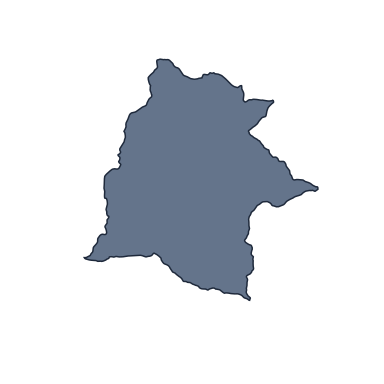 Tangsibji, Tongsa, Bhutan (Robinson projection), rotated 44°
{"feature_id": "84629894B49334077876628", "entity_name": "Tangsibji", "entity_type": "district", "adm_level": 2, "iso_a3": "BTN", "parent_name": "Bhutan", "parent_adm1": "Tongsa", "projection": "robinson", "projection_center": [90.389, 27.406], "detail": "fine", "context": "isolated", "style": "filled", "palette": "slate", "viewbox_px": 384, "rotation_deg": 44, "n_neighbors": 0, "source": "geoboundaries", "source_scale": "gbopen_adm2", "svg_char_len": 6046}
<svg xmlns="http://www.w3.org/2000/svg" viewBox="0 0 384 384"><g transform="rotate(44 192 192)"><path d="M160.1,314.0L160.9,314.2L161.8,314.1L165.3,312.2L167.1,310.9L170.6,308.0L172.4,307.3L173.5,306.1L174.6,305.0L175.2,304.7L176.2,303.2L177.2,300.9L177.5,299.2L178.1,298.0L178.2,297.5L177.7,296.1L177.9,295.7L179.2,294.3L181.0,293.1L182.0,291.3L182.5,290.8L184.7,289.3L187.3,286.6L189.3,284.0L190.5,282.4L198.9,273.3L200.5,272.3L203.4,271.0L204.1,270.5L205.2,268.7L205.9,267.9L206.8,266.5L207.1,265.2L206.9,263.0L207.1,262.6L207.3,262.3L210.3,261.4L213.0,261.1L215.4,261.1L215.9,261.3L217.1,262.2L219.5,262.8L221.3,263.0L222.7,262.6L224.2,261.9L226.1,261.4L227.7,261.5L229.1,262.0L233.6,263.0L236.1,262.1L238.2,262.1L241.7,261.7L243.1,261.4L245.0,261.5L247.5,262.2L248.3,262.0L249.8,260.6L250.2,260.4L251.5,260.1L253.6,258.4L256.5,257.8L258.2,257.0L259.3,256.7L260.0,256.2L261.6,255.5L262.7,255.4L263.7,255.7L264.3,255.6L265.4,255.3L266.2,254.9L267.0,254.3L269.3,252.3L270.6,251.9L271.5,251.5L271.7,251.1L271.9,249.7L272.3,249.0L273.6,246.7L274.7,245.7L276.7,245.3L277.0,244.9L279.8,243.1L283.9,242.7L285.3,242.4L285.7,242.2L286.2,241.4L286.8,240.7L288.7,239.2L290.6,238.0L293.5,235.6L295.5,233.6L296.3,233.1L298.0,232.3L299.3,231.9L300.2,231.8L302.5,231.9L303.4,231.7L305.9,230.5L308.3,230.2L308.7,229.9L308.4,229.5L308.1,228.6L307.7,228.2L307.7,227.9L307.2,227.6L304.5,227.8L301.8,227.1L300.8,226.6L300.1,225.8L299.4,224.6L298.0,223.5L296.5,221.1L294.3,218.7L293.0,216.6L292.1,216.0L290.3,215.4L289.8,214.9L289.6,214.2L289.7,213.5L290.7,210.5L290.7,209.7L290.5,208.2L290.0,207.3L290.0,205.6L289.9,205.0L289.4,204.2L287.5,202.8L285.3,200.7L283.7,198.9L282.5,198.1L281.1,196.0L280.3,195.9L279.7,196.0L278.3,195.8L277.8,195.6L277.0,194.8L275.7,192.7L275.2,191.5L274.1,190.3L272.2,189.4L271.3,189.3L269.8,190.1L267.9,190.6L265.6,191.0L264.4,190.8L263.7,190.5L263.4,190.1L263.2,189.6L263.0,187.3L262.1,185.1L261.6,182.9L260.1,181.2L259.7,180.4L259.3,179.4L258.7,178.3L256.4,176.7L253.8,174.1L251.6,172.2L251.2,171.5L250.8,170.9L250.2,169.7L250.0,168.3L249.6,167.0L249.1,166.0L248.8,165.5L249.2,161.8L248.3,156.4L249.1,153.8L249.4,151.3L249.6,150.3L250.1,149.5L252.5,146.9L253.0,146.5L254.7,145.9L256.1,145.6L257.0,145.6L258.8,146.0L259.8,145.7L260.6,145.1L263.0,144.0L264.5,142.4L266.7,137.5L266.8,136.2L266.6,133.8L266.7,132.3L267.6,129.2L268.8,126.1L269.1,124.6L269.6,123.3L271.6,119.7L272.4,117.9L272.4,116.0L272.8,113.6L273.4,112.1L275.3,109.5L276.1,108.6L276.5,108.5L277.6,107.0L279.9,106.1L280.1,105.8L280.7,102.6L279.6,101.5L278.8,101.2L278.5,101.3L277.3,102.3L274.1,103.3L271.8,103.5L270.9,103.7L269.2,104.3L266.2,105.8L263.5,106.3L259.5,109.5L258.5,110.5L257.4,112.1L256.6,112.6L256.2,112.7L255.2,112.7L252.3,111.2L251.0,111.1L250.1,110.9L248.9,110.1L247.4,108.9L247.0,108.8L242.9,108.2L241.5,107.8L240.4,107.0L239.5,106.6L237.7,106.2L236.8,106.4L236.4,106.6L234.4,108.6L233.6,109.2L233.2,109.3L232.3,109.2L230.6,108.4L228.8,108.4L227.7,109.0L226.5,110.4L225.7,110.8L221.0,110.3L220.2,109.9L218.7,108.8L217.9,108.5L216.2,109.3L213.0,110.0L212.6,109.9L211.3,109.3L208.1,109.0L205.4,108.4L204.9,108.4L204.0,108.8L202.2,108.9L198.6,109.9L196.8,109.9L195.0,110.4L193.6,110.3L192.7,110.2L192.3,110.0L191.6,109.4L190.6,109.2L190.3,108.9L190.1,108.5L190.5,106.3L190.8,103.2L191.4,100.4L191.6,97.5L191.0,94.7L190.7,90.3L190.9,89.4L192.3,86.9L192.4,86.4L192.1,85.5L189.5,81.5L188.3,78.8L188.1,77.9L188.0,76.0L188.1,73.1L188.4,71.0L188.2,70.7L187.6,70.1L186.9,69.8L186.2,70.1L186.2,70.5L186.0,70.9L184.5,72.8L183.4,73.8L178.8,77.0L177.9,78.0L174.4,80.4L171.9,82.5L171.3,83.3L170.9,84.2L169.2,85.8L169.0,86.2L168.7,87.1L168.6,88.1L168.4,89.0L167.8,90.3L167.5,90.5L165.7,90.5L165.3,90.4L164.6,89.8L162.0,86.4L161.0,85.4L159.8,84.6L156.3,83.3L154.5,81.6L153.8,81.1L153.5,81.3L152.9,82.2L152.5,84.6L152.3,85.1L151.6,85.6L149.1,86.9L147.3,87.3L145.9,87.5L137.5,87.3L132.9,87.6L132.0,87.8L129.0,89.0L126.4,91.0L124.9,91.1L124.0,92.7L122.3,93.6L122.1,94.0L122.2,96.0L121.6,97.1L119.3,98.7L118.6,99.7L119.5,102.3L119.9,102.9L117.8,105.7L117.4,106.7L115.6,109.0L114.9,109.6L112.2,111.4L108.6,112.4L105.6,113.7L104.7,113.9L103.8,113.8L97.4,112.4L95.6,112.6L93.9,113.5L92.6,113.8L90.7,113.7L89.5,113.1L88.6,112.9L84.4,112.9L83.5,113.1L82.7,113.5L81.4,114.9L80.2,115.8L79.7,116.5L77.0,118.4L76.4,119.2L76.1,120.0L75.5,120.8L75.3,121.4L75.6,122.1L75.9,122.5L77.7,124.0L80.0,125.7L80.6,126.4L80.8,127.8L80.5,130.2L81.1,132.6L80.8,136.4L80.9,139.3L81.1,140.2L82.5,141.5L84.9,143.0L86.5,143.8L88.4,144.3L89.0,145.5L89.6,146.0L90.7,147.4L91.9,148.3L93.8,149.1L94.7,149.8L95.7,150.1L96.8,151.6L96.5,154.3L96.6,155.3L97.7,158.9L98.6,160.6L98.8,161.6L98.4,163.0L97.6,164.7L97.3,165.6L95.9,173.2L95.5,174.1L93.7,176.9L93.5,177.3L93.3,178.7L93.6,180.2L95.4,184.3L96.6,188.0L97.4,189.2L98.8,190.5L99.4,191.2L100.3,193.4L100.9,195.6L101.3,195.8L102.2,195.9L102.6,196.1L104.9,197.8L106.2,199.1L107.2,201.3L108.0,202.5L108.4,203.4L110.0,210.9L110.3,211.3L110.9,212.0L112.7,212.7L113.0,213.0L113.2,213.4L113.4,214.8L113.0,216.3L113.0,216.7L113.6,217.1L115.5,217.1L116.3,217.4L116.7,217.7L117.7,219.3L117.9,219.8L118.0,220.8L118.2,221.1L119.1,221.5L121.0,221.5L121.4,221.6L121.8,221.9L122.2,223.0L122.9,225.3L122.8,226.3L122.7,226.8L122.2,227.6L120.7,228.7L120.0,229.3L118.9,230.9L118.7,231.8L118.4,233.7L118.1,238.5L118.2,240.5L118.4,241.4L119.8,243.3L123.6,247.5L126.1,250.4L128.8,252.2L131.3,255.1L132.6,256.4L133.4,256.9L133.8,256.9L134.6,256.3L135.0,256.2L136.7,257.0L138.2,258.2L139.6,259.5L141.9,263.6L142.5,264.4L144.5,265.5L145.5,266.6L146.7,267.4L147.5,267.7L148.0,267.7L148.8,267.3L149.3,267.5L149.6,267.9L150.0,268.7L150.3,271.1L152.3,273.1L152.6,273.5L153.0,276.4L153.4,277.3L153.7,277.6L155.5,278.3L157.1,279.2L158.6,280.3L159.2,281.1L159.4,282.0L159.1,282.9L158.4,283.6L157.2,284.3L156.6,285.0L156.2,285.9L156.0,287.3L156.5,290.7L157.0,291.5L158.6,293.3L159.0,294.1L159.3,296.0L159.4,299.4L159.6,300.4L160.1,301.2L161.8,303.4L162.2,304.3L162.3,306.7L162.8,308.1L162.8,308.6L161.4,312.7L160.1,314.0Z" fill="#64748b" stroke="#1e293b" stroke-width="1.5"/></g></svg>